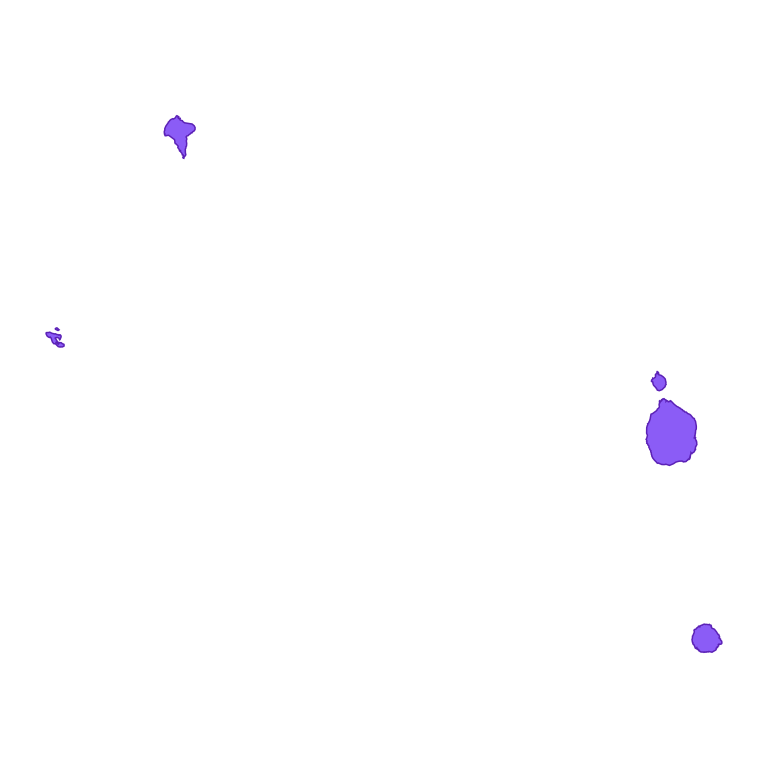 outline of Kota Ternate, Maluku Utara, Indonesia
{"feature_id": "22746128B36781349389855", "entity_name": "Kota Ternate", "entity_type": "district", "adm_level": 2, "iso_a3": "IDN", "parent_name": "Indonesia", "parent_adm1": "Maluku Utara", "projection": "robinson", "projection_center": [127.204, 0.893], "detail": "fine", "context": "isolated", "style": "filled", "palette": "violet", "viewbox_px": 768, "rotation_deg": 0, "n_neighbors": 0, "source": "geoboundaries", "source_scale": "gbopen_adm2", "svg_char_len": 6014}
<svg xmlns="http://www.w3.org/2000/svg" viewBox="0 0 768 768"><path d="M664.2,399.1L664.1,398.7L663.8,398.7L663.6,399.1L662.6,399.0L662.3,399.8L661.6,399.7L661.4,400.1L661.5,400.8L661.0,401.1L660.4,401.8L660.1,401.0L659.8,400.7L659.5,400.9L659.4,402.1L659.8,402.9L659.3,403.6L659.1,404.7L659.4,406.8L659.2,407.3L658.6,408.1L657.3,409.2L656.9,410.2L656.5,410.7L652.7,413.5L651.0,414.2L650.0,419.7L649.7,420.1L649.6,420.9L648.9,422.0L648.9,422.4L648.3,423.3L647.6,423.8L647.8,424.7L647.2,425.8L646.7,427.7L646.6,433.2L646.9,434.1L647.3,434.6L647.4,435.5L646.9,437.7L646.1,439.5L646.7,440.2L646.9,441.3L646.6,441.6L647.0,442.9L646.8,443.3L647.6,443.8L647.8,444.8L648.9,446.0L648.9,447.5L649.6,448.5L649.8,449.5L650.9,450.8L650.7,451.9L651.3,452.7L651.3,454.1L651.8,455.3L651.8,456.0L652.8,458.1L654.5,460.2L656.5,462.2L656.8,462.7L657.5,463.2L657.4,463.8L657.7,463.2L658.2,463.0L662.1,464.6L662.7,464.4L663.5,464.6L665.2,464.5L665.8,464.2L669.5,465.4L673.5,463.7L675.7,462.2L676.8,461.8L679.2,461.2L681.6,461.1L682.4,461.2L683.3,461.9L683.7,461.6L684.8,461.8L686.2,461.4L686.9,460.5L687.7,460.2L687.8,460.0L687.8,459.7L688.2,459.3L688.7,459.0L689.1,459.3L689.2,459.2L688.7,459.0L689.7,458.0L689.8,458.2L690.0,457.6L689.9,457.7L689.8,457.3L690.0,457.0L690.1,457.3L690.3,456.9L690.2,457.1L689.9,457.0L690.1,456.5L690.3,456.8L690.4,456.3L690.3,456.5L690.1,456.4L690.1,456.0L690.4,455.8L690.5,455.2L690.5,454.7L690.9,454.0L691.0,453.1L691.2,453.5L691.4,453.2L691.7,453.6L692.0,453.6L692.1,453.2L693.9,452.1L694.4,451.5L695.0,449.6L695.4,449.7L695.2,450.4L695.6,449.2L695.3,448.7L695.6,446.9L695.9,446.9L695.6,446.9L695.7,446.4L696.2,446.0L696.9,444.3L696.8,444.1L696.4,444.1L696.8,444.0L696.6,442.3L696.2,442.4L696.7,442.2L696.6,441.6L696.4,440.9L696.1,440.9L695.3,438.4L694.5,438.1L694.4,437.7L695.2,437.4L694.8,437.1L695.0,437.0L695.0,436.9L694.8,437.0L694.9,436.8L694.8,435.9L695.0,435.7L694.8,435.4L695.1,434.9L695.2,433.9L695.4,433.7L695.3,432.8L695.5,432.5L695.6,430.3L696.2,429.2L696.3,428.3L696.3,426.1L695.5,421.3L694.5,419.6L694.4,418.7L694.1,418.4L693.6,418.3L692.7,417.6L690.8,415.2L689.7,414.3L687.6,413.5L686.3,412.1L684.8,412.0L684.1,411.0L683.1,410.8L682.4,409.6L681.9,409.6L681.2,409.2L680.5,408.3L680.1,408.3L678.0,406.9L677.1,406.6L674.3,404.4L671.1,401.1L670.6,400.8L670.3,401.3L669.9,401.0L668.9,401.8L668.2,401.7L668.0,401.2L666.7,400.5L666.1,401.2L666.1,400.1L664.2,399.1ZM704.3,624.1L703.1,624.5L702.3,625.1L701.4,625.2L699.9,626.1L699.8,626.5L699.5,626.3L699.5,626.6L699.0,626.2L698.4,626.4L697.7,627.5L696.7,628.0L696.0,629.0L695.6,629.3L694.8,629.4L694.1,630.0L694.0,630.7L694.3,631.1L694.2,632.5L692.8,635.9L692.5,636.1L692.4,638.2L692.0,639.5L692.4,642.1L692.8,642.4L692.7,642.8L693.0,644.0L693.4,644.5L693.7,644.5L694.3,645.5L695.3,648.1L696.4,648.7L696.4,648.3L696.6,648.3L697.0,648.7L697.0,648.3L696.7,647.7L696.8,647.6L697.1,648.4L697.7,648.9L697.5,649.2L698.1,649.5L698.8,650.5L699.0,650.2L699.9,651.4L700.9,652.0L703.8,652.1L704.0,652.3L704.5,652.0L705.0,652.2L706.1,652.0L706.2,651.9L706.7,652.1L707.2,651.8L708.6,651.9L708.9,651.5L712.0,652.2L715.8,650.0L716.2,649.3L716.2,648.2L717.5,647.5L717.5,647.2L717.2,647.0L717.3,646.7L718.4,646.4L718.5,646.7L718.4,646.4L718.6,645.9L718.4,645.2L718.6,645.0L718.3,644.6L718.6,644.2L719.4,644.1L719.9,644.3L721.3,644.0L721.6,643.7L721.9,643.0L721.7,641.2L720.6,640.1L720.5,639.1L720.1,638.9L719.7,639.4L719.9,638.9L719.8,638.5L719.3,638.4L719.1,637.7L719.5,637.4L719.6,636.8L718.7,634.5L718.2,634.5L717.9,634.1L718.1,633.6L717.8,634.0L717.6,633.8L716.6,632.0L714.4,629.2L712.0,628.2L711.3,627.0L711.1,626.3L711.4,626.1L711.0,625.2L709.6,624.8L709.3,624.4L708.8,624.7L705.9,624.3L705.3,624.5L704.3,624.1ZM179.1,118.6L178.5,118.4L178.0,117.6L178.2,117.3L178.8,117.2L178.8,116.8L176.9,115.7L176.1,116.3L175.6,117.5L174.5,118.4L173.4,119.0L172.8,118.7L171.1,119.4L170.0,120.3L169.1,121.5L168.3,122.2L168.3,122.6L165.8,126.2L164.8,128.6L164.8,130.1L164.3,131.3L164.3,132.7L164.8,133.7L164.4,133.7L164.4,133.9L165.1,135.7L166.1,135.8L166.5,135.5L168.7,135.3L174.5,139.6L174.9,141.5L174.9,142.8L175.4,143.7L176.2,144.0L178.2,146.2L177.8,147.3L177.9,147.7L179.1,149.3L179.6,151.0L179.8,151.1L180.1,150.4L180.5,150.5L180.3,151.4L181.9,153.3L182.3,154.8L182.9,154.8L183.0,155.3L183.4,155.4L183.5,156.4L182.8,157.2L183.3,158.2L183.8,158.3L183.8,157.6L185.5,155.4L185.8,154.7L185.4,152.7L185.3,149.2L185.9,147.9L185.9,146.8L186.5,146.0L186.7,143.5L186.3,140.8L186.8,139.2L186.6,137.9L186.1,137.0L186.8,136.0L188.2,135.6L188.8,134.8L190.4,133.8L191.3,132.7L191.9,132.9L192.8,131.7L194.3,130.8L194.5,130.2L195.0,129.7L195.1,127.6L194.2,125.8L192.1,124.0L184.5,122.8L182.8,121.5L182.4,120.7L180.3,120.1L179.9,119.4L180.3,118.5L180.2,118.3L179.1,118.6ZM658.2,372.2L657.6,371.9L657.5,372.3L657.4,372.0L657.1,372.3L657.0,372.2L656.8,373.5L656.2,373.7L655.5,374.6L655.3,375.0L655.7,375.8L655.3,377.2L653.7,378.3L653.2,378.5L652.7,378.2L652.5,379.5L651.7,379.9L651.4,381.2L651.9,381.7L652.4,381.7L652.8,382.0L653.0,383.8L653.6,385.3L656.0,387.8L656.4,388.7L657.0,389.2L657.3,390.1L659.3,390.7L662.1,389.6L664.2,387.5L664.7,387.2L665.3,386.1L665.3,385.4L666.1,384.5L665.8,383.3L666.0,382.1L665.7,381.6L665.4,379.7L665.1,378.8L663.4,377.0L661.2,375.4L658.7,374.7L658.3,374.0L658.7,373.6L658.6,372.9L658.2,372.2ZM50.3,332.4L49.5,332.2L48.8,332.5L46.4,332.6L46.1,333.0L46.1,333.9L47.1,336.0L48.5,337.1L49.7,337.5L50.2,337.1L51.1,338.1L52.4,342.0L53.6,343.5L54.0,343.8L55.3,343.7L58.2,346.6L59.7,347.0L62.5,346.9L64.0,346.1L64.1,344.9L63.8,344.2L62.5,343.8L61.2,342.7L59.9,342.7L58.1,342.2L57.8,342.5L57.9,342.9L58.8,343.3L58.8,343.6L58.3,344.1L58.0,343.5L57.4,343.5L57.0,343.0L56.0,342.5L56.1,342.2L57.2,341.9L57.2,341.2L55.2,338.1L56.0,337.6L57.6,337.5L59.0,338.2L59.6,339.8L60.0,339.6L61.1,336.9L61.0,335.8L60.3,334.9L59.6,334.8L59.2,335.2L58.9,335.2L58.1,334.6L57.0,334.6L55.5,333.8L54.5,333.9L51.7,333.2L50.3,332.4ZM56.6,327.9L56.0,328.1L55.3,328.8L55.5,329.3L58.0,330.5L59.1,329.8L57.2,328.0L56.6,327.9Z" fill="#8b5cf6" stroke="#5b21b6" stroke-width="1.5"/></svg>